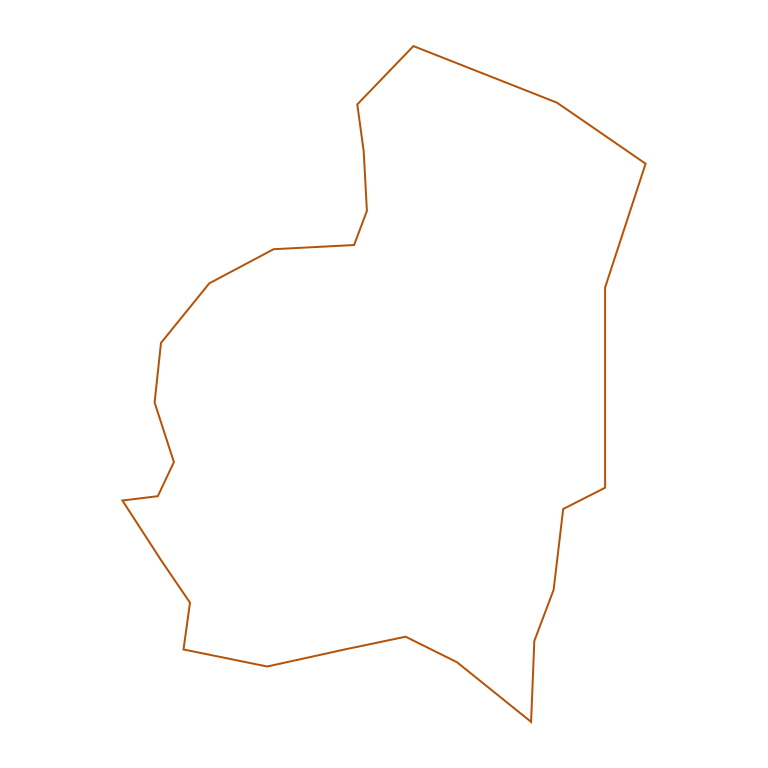 an SVG outline of Xagħra
{"feature_id": "MLT-5978", "entity_name": "Xagħra", "entity_type": "state/province", "adm_level": 1, "iso_a3": "MLT", "parent_name": "Malta", "parent_adm1": "", "projection": "equal_earth", "projection_center": [14.268, 36.052], "detail": "fine", "context": "isolated", "style": "outline", "palette": "amber", "viewbox_px": 768, "rotation_deg": 0, "n_neighbors": 0, "source": "natural_earth", "source_scale": "10m", "svg_char_len": 461}
<svg xmlns="http://www.w3.org/2000/svg" viewBox="0 0 768 768"><path d="M413.4,46.1L557.0,102.7L645.6,163.7L605.1,287.5L605.1,487.7L563.2,509.0L553.6,589.9L534.3,641.0L531.1,721.9L457.1,662.3L405.6,636.7L344.4,649.5L267.2,666.5L183.5,649.5L190.0,602.7L161.0,560.1L122.4,500.5L157.8,496.2L173.9,462.1L154.6,402.5L161.0,342.9L209.3,283.3L273.6,249.2L354.1,245.0L366.9,210.9L363.7,151.3L357.3,104.4L413.4,46.1Z" fill="none" stroke="#b45309" stroke-width="2"/></svg>